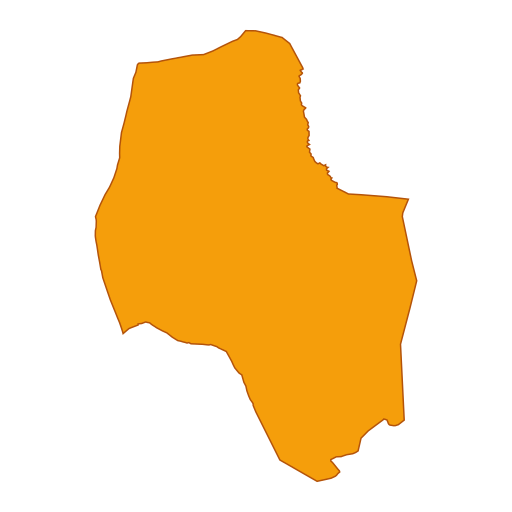 outline of San Pablo Tijaltepec, Oaxaca, Mexico
{"feature_id": "50627088B89974538637092", "entity_name": "San Pablo Tijaltepec", "entity_type": "district", "adm_level": 2, "iso_a3": "MEX", "parent_name": "Mexico", "parent_adm1": "Oaxaca", "projection": "mercator", "projection_center": [-97.471, 17.005], "detail": "fine", "context": "isolated", "style": "filled", "palette": "amber", "viewbox_px": 512, "rotation_deg": 0, "n_neighbors": 0, "source": "geoboundaries", "source_scale": "gbopen_adm2", "svg_char_len": 3435}
<svg xmlns="http://www.w3.org/2000/svg" viewBox="0 0 512 512"><path d="M95.5,216.6L95.8,218.0L96.2,219.7L96.3,221.4L96.1,227.3L95.9,228.3L95.4,230.7L95.3,235.6L95.4,237.0L96.1,241.6L96.8,245.0L97.4,248.9L98.3,255.1L99.6,262.0L100.9,269.6L101.5,270.6L102.8,277.7L107.5,291.6L110.4,300.0L115.3,312.1L117.6,317.9L119.5,322.4L120.0,323.8L121.5,328.2L122.7,332.0L123.1,333.6L128.9,328.6L130.8,327.8L138.1,325.0L138.1,323.9L141.7,323.5L144.0,322.6L145.6,322.0L146.3,322.1L147.2,322.4L149.6,322.8L151.4,324.3L153.0,325.4L155.1,326.7L156.5,327.7L162.3,330.8L166.9,332.9L172.3,337.2L177.8,340.6L180.4,341.1L183.0,341.9L185.5,342.5L186.5,342.9L187.3,343.0L188.2,342.7L189.1,342.7L191.0,343.8L191.4,343.8L202.7,344.3L206.9,344.8L208.1,344.9L209.2,344.9L210.7,344.5L214.9,346.0L216.8,346.6L218.6,347.9L226.3,351.5L229.8,357.8L231.7,361.3L233.2,364.7L234.8,367.9L237.1,370.7L239.0,373.0L241.8,374.9L243.9,382.3L245.9,386.1L246.9,390.8L248.7,395.9L250.3,399.6L251.8,401.6L253.1,403.6L253.2,405.5L255.8,411.8L279.9,460.0L317.1,481.3L327.6,479.0L331.1,478.2L335.2,476.3L336.5,475.3L337.8,473.6L339.7,472.0L339.4,470.9L337.9,469.2L332.4,462.4L330.8,461.0L330.8,459.6L334.2,457.9L336.3,456.8L341.3,456.6L342.2,456.2L346.7,454.7L352.8,453.7L355.6,452.5L358.1,450.9L361.0,438.2L368.3,430.8L383.1,419.8L383.8,419.0L385.7,419.5L387.0,420.0L387.7,421.7L387.9,422.2L388.4,423.6L389.0,424.4L389.6,424.9L390.2,425.1L392.1,425.4L393.8,425.7L395.5,425.6L396.6,425.2L398.3,424.7L404.2,420.1L400.5,344.2L410.0,307.9L416.7,280.8L411.6,260.7L402.5,217.5L402.3,216.6L402.8,212.8L408.4,199.2L386.4,196.7L360.5,194.7L348.4,194.0L347.5,193.5L341.0,190.2L337.0,188.2L337.1,187.7L337.0,187.0L336.8,186.2L336.7,185.1L337.3,184.6L337.2,183.2L336.7,182.6L335.7,182.5L334.7,182.1L331.4,180.3L330.9,179.2L331.6,178.4L331.8,178.0L331.0,177.9L330.3,176.5L329.5,175.7L328.0,174.8L327.4,173.9L327.6,172.6L328.3,172.2L329.0,171.3L326.6,170.2L326.5,168.7L328.0,167.4L326.8,167.2L325.6,166.2L325.6,164.8L323.8,165.7L320.8,163.9L320.2,163.1L319.7,162.9L318.7,163.5L318.1,163.7L317.7,163.7L316.3,162.8L314.8,161.4L313.9,159.4L313.5,158.4L313.4,157.9L313.1,157.4L311.4,156.3L310.9,155.7L311.1,154.0L309.5,152.2L309.9,149.1L308.5,148.1L306.8,146.7L307.1,145.7L309.5,144.5L307.8,143.1L307.4,142.4L307.3,141.6L307.6,140.9L308.9,140.5L307.9,139.0L307.8,138.0L308.2,137.0L309.1,135.5L309.0,131.4L307.4,130.3L307.2,129.1L307.4,128.8L308.5,127.8L308.7,126.5L308.4,125.9L307.7,124.8L308.2,122.5L307.3,121.2L306.5,119.3L304.5,117.2L303.4,111.1L303.9,109.9L304.4,109.2L305.5,108.4L305.7,107.8L302.3,105.8L301.7,105.2L301.4,104.5L301.7,103.1L300.4,100.9L300.0,97.3L300.5,95.8L298.6,92.8L298.3,89.9L299.6,88.0L297.5,85.2L297.4,84.4L297.6,83.5L298.9,83.0L299.8,82.9L300.4,81.3L300.2,78.5L299.0,76.2L299.2,75.8L301.1,74.7L301.8,74.0L302.4,73.2L302.3,72.8L301.5,72.1L300.2,70.5L300.4,70.0L301.8,69.8L302.3,69.2L302.7,68.6L303.0,68.7L302.7,67.7L294.4,52.3L291.0,46.0L289.7,43.5L287.9,42.1L282.0,37.4L281.3,37.3L266.0,33.1L255.5,30.8L245.6,30.7L240.6,36.7L237.4,39.5L232.5,41.3L221.3,46.7L212.8,51.0L203.6,54.6L192.2,55.1L172.3,58.8L161.2,61.0L157.9,61.9L153.0,62.2L146.5,62.8L139.4,63.1L138.5,63.4L137.4,64.8L135.9,72.3L133.4,78.3L132.8,82.3L130.8,96.7L129.7,100.9L126.9,111.2L125.9,115.6L124.1,123.0L121.5,132.5L119.8,146.3L119.6,153.3L119.7,157.8L117.5,165.0L116.9,168.6L113.9,177.7L110.3,185.6L109.3,187.6L105.1,194.6L100.0,205.3L95.5,216.6Z" fill="#f59e0b" stroke="#b45309" stroke-width="1.5"/></svg>